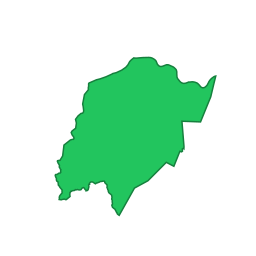 outline of Parnaguá, Piauí, Brazil, rotated 226°
{"feature_id": "56859067B27111272234018", "entity_name": "Parnaguá", "entity_type": "district", "adm_level": 2, "iso_a3": "BRA", "parent_name": "Brazil", "parent_adm1": "Piauí", "projection": "mercator", "projection_center": [-44.561, -10.311], "detail": "fine", "context": "isolated", "style": "filled", "palette": "green", "viewbox_px": 256, "rotation_deg": 226, "n_neighbors": 0, "source": "geoboundaries", "source_scale": "gbopen_adm2", "svg_char_len": 3233}
<svg xmlns="http://www.w3.org/2000/svg" viewBox="0 0 256 256"><g transform="rotate(226 128 128)"><path d="M74.2,153.7L75.2,154.8L75.9,155.5L95.4,171.5L82.0,184.4L89.7,201.8L92.9,209.1L100.0,220.2L104.4,227.2L104.8,226.6L105.2,225.5L105.6,222.8L105.6,221.0L105.2,218.6L104.8,217.6L103.8,214.5L103.8,212.3L104.0,211.2L104.8,209.8L105.9,209.2L107.0,208.9L109.2,209.1L111.1,209.1L112.5,208.9L113.1,208.6L114.2,208.1L115.0,207.6L116.2,206.7L117.2,205.6L118.2,204.2L118.8,203.8L119.1,203.1L120.0,200.9L121.3,199.1L122.3,198.4L123.8,197.8L124.8,197.7L126.0,197.7L127.5,197.9L128.4,197.9L129.6,198.2L130.6,198.6L133.3,200.9L134.2,201.8L134.8,202.3L135.9,202.9L136.7,203.2L137.6,203.2L138.6,203.2L139.8,203.1L140.7,202.9L145.1,201.1L145.8,200.6L146.7,199.7L147.3,198.4L147.9,196.9L148.7,195.2L149.7,194.1L150.3,193.7L151.3,193.4L153.4,193.4L156.4,194.6L157.4,194.8L158.9,194.7L161.4,194.0L162.9,193.2L164.3,192.0L167.7,188.3L168.5,187.4L169.0,186.8L170.3,185.2L172.4,182.6L173.6,181.4L174.4,180.9L174.7,178.0L174.7,176.7L174.6,175.3L174.0,173.4L173.5,171.9L173.2,168.6L174.0,163.6L176.0,157.9L177.8,154.8L178.0,153.7L180.1,147.8L182.8,141.9L184.6,138.8L186.8,132.9L187.1,132.2L187.4,131.3L187.4,130.7L186.8,130.0L185.8,129.1L185.2,128.4L184.8,127.7L183.8,126.7L183.1,126.2L182.7,123.2L182.3,119.9L176.7,112.0L174.6,110.7L171.3,108.2L170.4,107.0L170.2,105.6L171.1,104.4L171.4,100.6L170.7,96.3L167.4,94.3L164.2,90.2L164.7,85.7L164.2,84.0L161.8,83.0L159.4,82.7L158.5,82.3L157.9,81.7L157.8,80.8L158.4,80.2L159.4,78.3L160.2,70.1L153.3,61.6L152.2,57.4L151.9,56.7L152.8,55.6L153.4,54.6L153.0,54.0L151.8,53.6L151.2,53.3L149.5,53.0L148.7,52.7L148.2,52.0L147.2,51.2L146.4,51.2L145.7,50.8L144.7,50.8L144.2,50.1L143.8,49.5L142.9,49.0L142.7,48.0L143.6,46.7L143.8,44.8L144.7,43.8L144.7,43.1L144.3,42.6L143.1,42.0L142.2,41.7L141.3,41.4L140.4,40.4L139.2,39.9L138.0,40.2L137.4,39.9L135.3,38.2L134.1,38.2L132.6,37.8L130.4,37.6L129.3,37.6L128.6,36.8L127.1,35.6L126.9,33.5L126.6,31.6L125.9,30.4L125.0,29.7L124.4,28.8L122.7,30.1L122.4,30.9L121.8,31.7L121.3,32.6L120.6,33.1L120.0,33.2L119.4,33.8L119.2,35.5L119.2,36.5L119.0,38.1L119.1,38.9L120.6,39.8L120.8,40.4L121.8,41.2L121.9,42.1L122.2,42.8L121.7,43.3L121.6,44.3L121.1,45.0L120.4,45.9L120.1,46.5L120.3,47.3L119.3,48.0L118.9,48.9L118.1,49.3L117.4,49.9L116.9,50.3L116.3,51.4L116.6,52.7L116.6,53.5L116.1,54.6L115.1,54.8L114.0,54.5L113.2,54.4L112.4,54.7L112.0,54.2L111.6,54.7L111.2,55.6L111.4,56.6L112.3,58.1L112.7,58.8L113.4,59.5L114.3,60.0L114.6,60.7L114.2,61.3L114.8,61.7L115.1,62.5L115.1,63.5L114.5,64.3L113.9,64.9L113.3,65.2L112.1,65.4L111.1,65.6L110.4,65.9L110.4,66.6L110.3,67.3L109.8,67.8L109.4,68.9L109.0,69.7L108.8,70.8L107.7,72.1L107.2,73.0L106.3,74.0L105.6,74.0L105.0,73.5L104.4,73.3L102.8,73.4L101.6,73.4L100.9,72.7L100.4,72.4L99.9,71.6L98.5,71.1L97.7,70.6L96.6,70.4L96.0,69.7L94.7,69.3L94.0,69.3L92.0,69.6L91.0,69.5L89.3,68.4L88.2,66.9L86.9,66.4L85.7,65.2L84.6,64.5L83.9,63.7L83.8,62.8L83.0,62.4L81.8,61.8L79.6,62.0L78.5,62.2L77.2,61.7L76.5,61.6L75.5,61.2L74.7,61.2L73.9,60.7L72.8,60.7L71.3,61.0L80.3,90.9L78.7,96.7L76.2,105.7L76.7,131.7L68.6,134.4L75.2,149.1L74.4,149.5L73.6,150.0L73.5,151.1L74.3,151.7L75.2,152.5L75.0,153.6L74.2,153.7Z" fill="#22c55e" stroke="#15803d" stroke-width="1.5"/></g></svg>